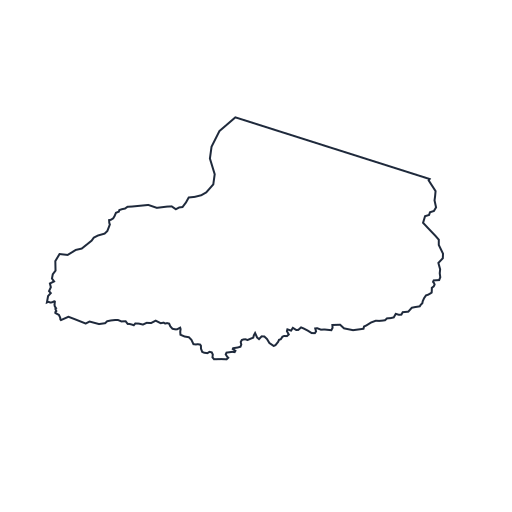 Bamingui, Bamingui-Bangoran, Central African Republic (Natural Earth projection), rotated 301°
{"feature_id": "33826404B40726346610529", "entity_name": "Bamingui", "entity_type": "district", "adm_level": 2, "iso_a3": "CAF", "parent_name": "Central African Republic", "parent_adm1": "Bamingui-Bangoran", "projection": "natural_earth1", "projection_center": [19.692, 7.894], "detail": "fine", "context": "isolated", "style": "outline", "palette": "slate", "viewbox_px": 512, "rotation_deg": 301, "n_neighbors": 0, "source": "geoboundaries", "source_scale": "gbopen_adm2", "svg_char_len": 3165}
<svg xmlns="http://www.w3.org/2000/svg" viewBox="0 0 512 512"><g transform="rotate(301 256 256)"><path d="M108.5,100.7L109.1,101.1L109.5,101.3L109.9,102.1L110.0,102.9L110.4,104.1L111.6,105.3L112.9,106.1L113.3,106.4L113.4,106.8L113.2,107.2L112.0,107.6L111.1,108.2L110.5,108.3L109.2,109.5L108.3,111.4L107.8,111.1L107.0,111.6L106.0,113.2L104.5,112.9L103.8,113.4L104.0,117.4L102.3,119.9L100.9,121.0L100.6,121.8L105.4,125.2L107.3,126.5L108.5,133.2L110.4,144.8L114.1,147.1L116.8,156.5L120.7,161.3L123.4,162.0L126.0,164.8L128.5,168.1L130.1,170.8L130.6,174.4L131.8,176.1L132.9,177.9L132.5,178.9L131.7,181.0L132.6,182.6L133.3,184.9L133.7,186.9L136.0,187.3L137.7,190.4L139.0,194.4L142.4,196.7L144.5,200.6L148.9,203.3L149.3,208.9L151.3,211.2L151.3,212.9L152.7,214.4L153.3,216.4L151.6,218.7L150.6,221.9L151.6,224.7L152.5,226.1L155.5,227.9L154.5,229.0L152.0,230.1L149.6,231.8L150.2,236.2L151.8,240.3L150.9,243.8L148.2,247.8L149.2,250.0L150.4,251.5L151.3,253.7L150.7,255.0L148.2,256.6L146.1,259.3L146.4,261.4L147.7,264.4L149.9,265.5L150.6,267.7L149.3,269.7L146.7,270.9L145.9,273.2L149.8,279.4L152.3,284.0L154.5,284.6L154.9,283.0L156.1,280.7L158.0,280.5L161.6,285.0L162.6,287.2L164.1,287.2L164.3,284.0L165.2,283.9L168.1,287.4L170.2,289.4L172.5,289.0L174.4,287.2L176.7,287.1L178.1,288.3L179.2,289.9L179.6,292.0L182.5,294.1L184.6,295.7L186.9,295.0L189.5,294.9L188.6,296.2L186.7,298.9L186.3,301.4L190.0,302.2L191.3,304.6L190.5,308.2L188.3,312.3L188.0,317.5L189.6,318.6L193.8,319.2L196.0,318.9L197.4,320.1L198.9,320.2L200.4,320.2L201.9,321.3L203.3,323.8L205.6,324.5L207.5,321.2L209.3,320.7L210.1,324.5L213.4,324.6L213.3,328.6L214.4,330.3L218.0,331.4L218.4,334.1L218.7,338.8L218.6,343.4L220.2,346.2L222.3,346.3L224.4,344.1L225.6,345.6L226.3,349.6L228.3,352.6L231.2,358.8L233.9,358.6L236.2,357.0L240.4,363.5L239.3,368.7L242.4,377.4L247.2,383.4L249.0,385.6L251.2,384.9L253.2,386.3L258.3,388.9L262.2,392.0L263.8,395.0L265.7,397.6L267.4,399.7L270.0,400.4L272.1,403.4L274.3,405.7L278.4,405.6L279.2,408.8L280.6,410.8L283.4,410.7L286.7,415.2L291.9,416.2L294.1,418.6L297.2,422.3L298.9,422.3L301.2,422.9L303.1,422.2L306.5,421.8L309.8,422.0L311.5,423.5L314.0,424.9L315.1,425.4L316.9,424.5L319.3,423.1L321.5,424.0L323.5,423.8L324.4,422.7L325.0,421.1L326.6,420.9L329.7,425.4L332.7,424.9L335.8,422.4L339.4,420.7L344.0,415.9L350.3,417.3L354.3,415.1L359.6,407.0L364.1,404.3L365.7,399.4L368.6,388.8L370.5,382.1L377.2,380.4L380.3,383.2L383.1,382.6L386.2,385.3L390.4,385.3L395.6,380.4L399.3,378.8L404.1,376.5L409.7,365.1L411.4,365.2L364.2,166.9L344.3,160.3L326.8,161.6L315.8,166.3L304.8,178.5L295.4,182.5L284.9,180.6L279.9,177.8L275.1,173.0L271.5,168.2L265.8,168.4L260.1,167.8L258.1,165.2L254.8,163.2L255.1,158.2L252.6,154.4L246.2,146.2L244.3,137.4L234.5,124.2L232.0,120.5L229.2,119.3L227.2,117.1L225.0,115.2L223.4,115.6L220.9,113.7L217.3,114.2L214.7,114.2L212.2,112.9L211.1,111.6L208.8,113.2L207.7,114.5L203.8,115.2L200.8,115.7L197.2,114.7L192.2,110.0L188.2,107.5L184.5,107.2L172.6,102.8L168.4,98.4L159.9,94.0L156.5,86.6L148.3,86.6L140.2,91.7L135.7,91.2L131.6,92.7L130.2,96.0L126.3,93.5L123.6,96.2L119.3,96.7L118.5,99.2L114.6,98.4L108.5,100.7Z" fill="none" stroke="#1e293b" stroke-width="2"/></g></svg>